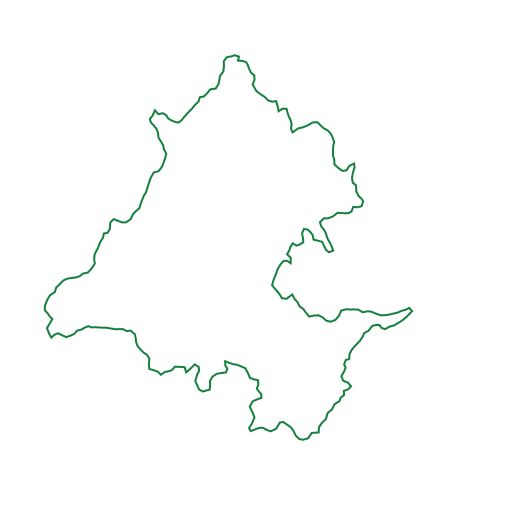 Cataguases, Minas Gerais, Brazil (Natural Earth projection), rotated 28°
{"feature_id": "56859067B63513924392946", "entity_name": "Cataguases", "entity_type": "district", "adm_level": 2, "iso_a3": "BRA", "parent_name": "Brazil", "parent_adm1": "Minas Gerais", "projection": "natural_earth1", "projection_center": [-42.658, -21.332], "detail": "fine", "context": "isolated", "style": "outline", "palette": "green", "viewbox_px": 512, "rotation_deg": 28, "n_neighbors": 0, "source": "geoboundaries", "source_scale": "gbopen_adm2", "svg_char_len": 4521}
<svg xmlns="http://www.w3.org/2000/svg" viewBox="0 0 512 512"><g transform="rotate(28 256 256)"><path d="M299.2,128.3L296.1,132.6L295.7,137.9L292.5,140.3L287.7,139.7L282.3,138.3L279.5,133.6L276.8,131.2L274.6,127.0L272.6,122.7L271.6,118.9L268.7,116.0L264.7,112.9L260.6,111.5L255.6,111.4L252.3,110.6L247.5,109.0L243.3,111.5L240.6,116.0L237.3,120.1L233.2,123.7L230.3,129.7L227.1,127.2L225.6,122.8L222.6,119.7L219.3,117.2L216.6,114.7L213.9,111.7L210.2,113.5L208.0,117.6L204.9,113.7L201.0,109.8L197.8,112.2L193.7,112.9L188.7,111.4L182.8,110.9L178.5,110.0L175.5,108.0L172.6,106.3L171.9,101.0L169.7,97.3L165.5,96.5L162.4,94.2L159.3,91.4L156.4,89.5L152.5,90.1L148.4,92.0L147.3,87.9L142.9,88.8L140.2,91.6L136.9,94.2L136.1,99.1L138.7,103.7L140.5,108.2L139.7,114.1L141.2,118.4L142.2,121.9L141.8,127.1L137.4,130.3L136.4,135.4L135.2,139.4L131.9,142.2L132.8,146.9L131.2,151.0L130.2,156.4L128.3,162.7L127.3,167.0L126.5,171.3L124.7,174.8L121.1,175.6L117.5,176.0L114.0,175.8L110.5,173.8L106.8,173.6L103.2,176.6L98.4,174.8L98.8,180.9L97.9,184.8L100.5,187.5L104.0,188.5L108.8,190.6L111.6,193.3L114.4,197.3L118.6,199.7L121.9,201.7L124.7,205.1L128.7,207.7L129.8,212.1L130.4,216.0L131.1,221.5L130.2,226.7L126.5,230.3L126.3,236.1L127.2,242.1L128.3,247.9L129.0,251.6L128.7,255.7L129.4,262.3L130.6,268.8L129.0,272.6L127.8,276.4L128.0,282.5L125.4,287.3L122.1,289.2L118.4,289.7L113.1,290.1L111.6,294.6L114.3,301.0L114.0,305.3L111.1,307.5L112.3,311.7L111.9,317.2L112.7,322.9L112.7,330.1L114.4,334.4L117.2,338.4L116.8,344.0L115.3,349.6L111.5,352.7L110.0,356.3L107.6,359.0L103.7,361.9L100.1,364.5L97.3,368.2L95.9,372.9L94.4,377.6L95.3,382.2L92.5,387.5L92.3,393.0L92.9,398.6L94.9,403.0L98.5,404.2L101.7,405.9L105.8,407.3L105.6,411.5L105.3,417.8L110.1,421.9L113.6,424.1L115.1,420.0L117.4,417.2L122.3,417.0L126.7,416.6L129.7,413.3L132.2,410.0L133.0,405.9L136.1,403.3L138.2,400.0L140.8,396.7L144.2,396.3L147.9,394.1L152.8,392.0L157.3,389.7L161.3,388.3L165.9,386.8L169.6,384.8L173.0,383.0L177.0,383.0L180.4,380.7L185.9,382.0L188.3,385.0L190.4,388.1L193.5,391.0L198.0,392.8L201.8,394.0L206.1,394.5L210.1,396.7L212.1,401.6L214.7,405.8L218.7,405.0L223.6,404.2L227.8,405.5L229.9,401.2L232.8,399.0L235.4,396.1L236.3,391.9L241.3,389.4L245.2,387.7L249.0,391.5L250.8,386.9L252.8,380.5L257.5,380.9L259.7,384.0L259.7,388.3L261.1,394.9L264.7,397.7L268.5,400.6L272.7,400.6L277.8,395.7L276.1,391.5L274.0,387.9L274.2,383.0L276.6,378.5L280.3,375.6L284.2,372.8L283.6,368.9L280.2,367.0L278.2,363.4L282.8,362.9L287.1,362.1L290.2,361.0L294.6,360.5L299.2,360.1L304.3,363.5L307.9,366.5L312.8,365.7L315.9,364.7L318.3,368.1L319.0,372.7L322.0,374.2L325.4,375.4L327.4,378.8L324.7,381.6L321.4,385.6L321.2,392.0L326.1,395.5L330.4,399.2L331.1,405.7L330.7,411.3L333.5,413.1L336.9,409.2L339.4,406.3L342.5,404.5L346.9,404.5L351.3,403.9L354.9,399.2L355.2,391.8L358.1,389.8L362.7,390.3L367.6,391.0L371.5,393.0L375.4,395.9L380.0,397.3L383.6,396.3L387.5,392.6L388.3,386.0L394.2,382.4L391.9,377.6L392.6,372.1L394.3,367.2L393.0,361.0L395.1,355.8L394.9,350.0L397.8,344.9L397.3,341.2L399.0,337.5L396.9,333.8L400.0,330.3L401.1,326.5L396.5,324.6L391.6,325.2L387.8,322.1L388.0,317.0L387.6,312.6L384.7,310.3L384.1,305.7L386.7,303.2L384.7,299.0L384.5,294.3L385.7,288.7L387.6,282.1L388.0,277.0L387.8,273.1L390.4,269.2L391.5,263.1L394.2,260.7L397.4,259.0L400.7,260.6L404.4,259.9L406.8,256.0L410.7,252.2L413.4,247.7L415.8,243.3L417.8,238.2L419.7,231.4L415.6,229.9L413.2,233.4L410.3,236.1L407.6,239.5L404.7,242.0L401.3,245.1L397.4,247.9L394.0,249.8L389.0,250.6L384.1,251.0L380.6,252.3L376.7,255.6L371.6,255.3L367.5,257.2L364.4,259.0L360.6,260.7L356.9,264.1L357.3,269.7L356.1,275.2L352.6,279.1L348.3,280.1L343.7,278.9L339.0,279.0L334.9,281.6L331.3,284.6L326.6,282.5L322.3,280.5L318.3,280.1L314.4,277.3L310.1,275.8L306.1,273.0L303.0,279.5L298.7,281.1L294.4,278.5L288.9,276.4L284.0,274.3L282.8,269.3L282.1,262.7L281.3,257.2L281.6,251.4L282.7,247.3L285.8,245.7L290.0,246.1L287.5,241.3L282.6,239.9L282.8,235.7L282.1,232.0L282.5,227.5L286.8,227.9L289.3,225.2L291.3,221.7L289.2,218.3L286.1,214.5L285.6,209.6L289.2,208.4L293.0,209.4L296.5,211.1L299.0,214.5L303.3,213.5L307.7,212.4L311.4,215.2L314.9,217.8L318.7,218.4L321.7,215.0L318.4,212.1L315.1,209.6L310.8,206.9L306.3,202.5L303.0,200.6L299.6,199.2L296.6,196.1L298.3,190.8L302.0,188.9L305.3,185.0L307.8,179.5L313.9,176.8L317.5,174.8L319.4,171.9L318.8,167.0L322.3,165.6L325.9,162.5L324.9,157.3L322.0,155.8L318.5,154.9L314.1,151.8L311.1,146.6L307.1,145.9L304.2,142.2L302.3,136.5L301.6,131.7L299.2,128.3Z" fill="none" stroke="#15803d" stroke-width="2"/></g></svg>